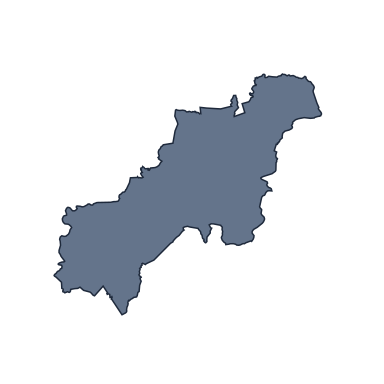 outline of Jalpan, Puebla, Mexico, rotated 315°
{"feature_id": "50627088B95329536813839", "entity_name": "Jalpan", "entity_type": "district", "adm_level": 2, "iso_a3": "MEX", "parent_name": "Mexico", "parent_adm1": "Puebla", "projection": "albers", "projection_center": [-97.872, 20.452], "detail": "fine", "context": "isolated", "style": "filled", "palette": "slate", "viewbox_px": 384, "rotation_deg": 315, "n_neighbors": 0, "source": "geoboundaries", "source_scale": "gbopen_adm2", "svg_char_len": 6034}
<svg xmlns="http://www.w3.org/2000/svg" viewBox="0 0 384 384"><g transform="rotate(315 192 192)"><path d="M30.8,173.4L33.5,174.5L34.1,176.1L34.9,176.4L35.8,176.2L37.4,175.1L40.6,177.3L43.1,179.4L45.5,180.1L45.8,184.9L49.1,190.6L49.3,191.4L49.1,195.2L49.7,196.5L62.6,195.7L61.0,203.6L60.1,203.5L59.7,204.5L60.8,204.9L61.4,206.2L60.1,207.8L60.1,208.1L59.4,208.6L60.1,209.6L61.3,209.4L61.1,209.9L59.2,210.8L59.4,211.1L55.7,229.3L59.5,230.5L60.8,230.5L61.8,230.0L62.1,229.3L64.3,227.6L66.5,226.7L67.9,225.8L68.2,225.0L70.3,223.8L70.8,223.9L70.8,224.6L72.9,224.6L75.0,225.3L76.0,225.2L78.6,227.0L80.1,226.5L82.8,224.7L84.2,225.0L89.1,220.9L93.0,219.1L93.5,217.5L94.4,216.1L95.7,216.4L96.0,215.5L95.5,214.2L96.0,213.0L97.7,212.5L98.4,211.1L100.7,209.9L101.0,209.0L102.8,209.3L103.4,208.3L104.9,208.5L105.8,207.3L106.7,207.5L107.8,210.4L108.8,210.3L116.9,213.2L139.1,213.1L140.6,213.1L143.3,213.8L144.1,213.3L147.0,213.1L149.1,213.1L152.2,213.6L157.3,213.0L159.5,213.3L159.4,212.3L160.7,211.0L162.2,211.5L164.6,213.1L165.7,215.2L170.6,222.1L170.2,223.0L170.0,226.1L168.7,227.9L168.5,229.7L167.0,231.8L166.7,232.6L167.0,233.8L166.5,234.6L165.7,234.8L165.5,236.9L165.8,237.6L167.2,237.6L167.9,237.3L168.1,236.8L170.7,234.5L175.9,233.9L177.2,232.5L180.3,231.5L180.0,231.0L180.1,229.7L180.9,227.4L183.0,228.0L184.6,229.7L188.8,235.9L188.5,236.8L188.6,237.9L188.5,238.3L186.7,239.8L185.8,241.6L184.2,242.7L183.6,243.5L182.7,244.2L181.3,244.6L180.4,245.1L179.3,247.5L179.1,249.9L179.5,252.0L178.7,253.1L181.4,255.1L182.2,255.4L184.7,257.8L185.9,259.8L186.1,261.2L187.5,262.8L188.8,263.6L191.5,264.5L192.6,265.7L194.0,265.9L197.9,267.7L199.3,268.5L199.3,269.1L202.0,268.6L203.5,267.9L205.0,266.7L205.4,263.7L206.4,262.6L207.6,262.2L209.4,262.1L213.1,263.1L219.6,263.8L221.5,263.6L223.6,262.8L224.3,262.3L225.2,260.7L225.2,257.3L225.7,256.0L228.5,254.0L228.9,253.5L228.9,251.7L229.3,250.3L237.6,245.0L239.4,244.8L240.9,245.5L241.5,245.5L243.9,244.6L246.1,244.6L247.5,245.7L249.2,247.7L250.3,245.8L250.2,244.6L249.4,242.9L249.5,240.9L249.9,239.9L250.4,239.5L251.7,239.2L252.3,237.9L250.3,232.4L250.2,231.2L250.6,230.7L251.5,230.8L253.5,231.5L261.6,235.7L265.6,236.3L266.7,235.9L272.3,230.6L273.3,230.5L274.3,229.4L275.6,229.1L276.1,228.7L275.7,227.5L276.5,226.0L277.4,225.1L280.1,223.6L279.3,221.0L286.0,217.5L285.5,218.0L285.5,218.3L285.9,218.6L287.0,218.4L287.2,217.9L288.1,218.3L288.5,218.3L288.7,218.0L289.7,218.1L291.1,217.4L294.1,217.6L294.9,216.6L297.6,214.6L300.8,214.7L304.6,216.9L307.4,217.7L308.6,217.4L309.2,216.6L309.4,215.4L311.6,214.9L312.4,213.8L316.3,214.1L319.0,215.4L323.9,218.7L327.9,223.7L330.8,226.1L331.7,226.1L334.6,227.7L335.7,228.6L336.5,228.7L336.8,229.1L338.6,228.5L339.2,227.8L339.6,226.5L340.0,223.0L340.5,222.2L341.5,221.9L343.1,217.7L348.2,207.4L349.1,206.1L352.1,204.7L352.6,204.1L353.2,202.5L353.3,200.3L353.7,198.9L353.7,197.7L352.6,196.1L352.8,192.5L353.8,191.5L353.6,190.1L350.7,189.8L349.6,189.2L348.5,187.4L347.9,186.9L347.9,185.8L346.8,184.5L346.7,183.4L345.9,181.2L343.5,179.4L343.4,178.7L343.6,178.3L343.1,177.6L341.4,177.1L340.8,174.6L339.3,172.9L339.3,172.5L337.8,172.4L337.4,172.8L335.0,171.2L333.4,170.9L330.5,167.6L328.0,164.3L326.3,164.1L324.7,162.9L324.9,162.1L326.2,161.1L326.4,160.4L326.1,159.6L325.2,159.1L323.2,159.4L320.9,158.1L318.8,157.8L319.0,156.8L318.0,156.8L317.8,156.4L317.2,156.1L316.4,157.3L315.0,157.3L314.9,157.8L314.5,157.7L314.4,158.2L313.6,159.2L313.1,160.2L313.3,161.6L312.5,161.9L311.8,161.0L311.4,161.1L310.3,160.5L307.5,161.1L307.1,161.6L306.8,164.2L306.3,165.0L304.4,165.5L303.4,164.3L303.2,163.1L302.5,163.0L301.9,163.8L301.8,164.9L303.0,167.0L302.6,167.8L302.0,167.9L300.7,167.1L300.2,167.2L298.3,168.0L296.0,168.4L289.9,165.0L285.4,173.3L275.2,168.5L276.0,167.6L277.7,167.0L278.0,166.1L279.2,165.4L284.5,165.2L285.5,162.4L287.7,160.9L288.6,158.6L289.8,157.6L290.1,156.3L291.2,154.6L289.7,153.2L286.8,154.5L284.6,154.7L283.8,155.4L283.9,156.8L283.3,157.4L281.3,157.4L280.6,158.6L280.6,159.3L271.0,153.5L261.6,142.9L257.6,137.9L253.7,142.7L253.5,142.2L252.7,142.2L252.6,140.4L252.2,139.7L251.1,138.9L251.5,137.7L251.0,137.0L250.6,137.3L249.3,135.6L248.3,135.5L247.0,132.9L246.1,132.7L244.8,131.5L244.6,129.5L243.3,127.6L240.9,125.6L239.6,123.9L239.1,122.6L238.2,122.5L233.5,126.2L231.0,132.3L230.0,134.0L223.3,136.8L213.0,144.0L205.1,138.3L203.4,138.5L202.3,138.1L200.2,138.9L198.2,138.9L196.4,139.9L195.0,141.8L194.5,143.1L193.5,143.6L192.4,143.6L192.5,144.7L191.8,144.9L191.8,145.5L192.5,148.9L190.6,149.0L187.6,149.8L185.3,149.5L183.3,148.7L179.6,145.7L177.5,146.4L177.5,145.8L176.8,145.9L176.5,145.2L177.8,144.8L177.7,144.4L175.6,142.8L175.2,142.0L175.4,140.7L175.1,139.1L174.7,139.4L173.6,139.5L172.2,138.7L172.4,139.0L171.5,140.1L171.9,140.4L170.6,142.4L170.6,143.0L169.0,142.5L168.7,142.8L168.0,145.4L167.9,147.0L167.0,146.8L165.9,146.1L165.4,144.9L164.3,144.3L164.3,142.8L163.8,143.2L158.5,138.4L154.4,141.2L147.4,143.7L146.6,143.6L145.3,144.2L144.2,144.2L142.9,143.2L140.0,143.2L138.8,142.8L137.9,143.1L136.7,144.0L136.2,145.5L135.6,145.5L134.5,146.1L133.1,146.2L130.6,144.3L130.2,143.7L127.3,141.8L117.4,132.3L113.9,130.7L113.1,131.0L112.3,130.8L111.3,129.6L111.1,128.1L110.0,127.0L108.5,126.9L105.2,125.9L103.8,124.8L102.9,123.1L100.9,120.7L100.2,120.4L99.6,120.8L99.2,121.4L99.2,122.4L98.5,122.7L96.5,122.6L95.4,122.1L94.2,120.7L94.5,117.1L93.9,115.7L93.1,114.9L91.6,114.9L89.3,115.8L87.9,118.7L86.9,119.7L84.7,118.4L83.9,118.3L81.3,119.3L80.1,120.9L79.5,122.7L79.6,124.7L81.6,127.1L82.0,128.2L82.1,130.7L81.7,132.1L79.1,132.5L77.0,133.8L74.8,134.5L71.6,134.1L70.2,133.0L69.0,130.9L67.0,130.7L65.0,131.8L64.0,133.6L61.4,136.7L56.7,139.3L55.1,140.9L54.7,143.0L53.9,145.0L53.1,150.9L52.1,150.9L50.4,149.5L48.0,148.4L46.7,148.2L46.3,148.5L46.4,149.3L48.0,151.6L47.4,152.8L45.8,153.9L44.6,153.3L43.5,153.7L41.8,153.6L40.9,153.1L39.5,153.2L38.4,153.5L37.1,153.2L35.6,153.4L35.3,154.2L35.7,156.1L35.9,163.5L31.8,168.1L32.2,169.5L32.0,169.9L31.3,170.5L30.7,170.5L30.3,171.0L30.2,171.5L30.9,172.6L30.8,173.4Z" fill="#64748b" stroke="#1e293b" stroke-width="1.5"/></g></svg>